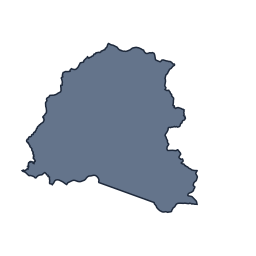 the district of Aoral, Kâmpóng Spœ, Cambodia, rotated 110°
{"feature_id": "14789045B24826472833777", "entity_name": "Aoral", "entity_type": "district", "adm_level": 2, "iso_a3": "KHM", "parent_name": "Cambodia", "parent_adm1": "Kâmpóng Spœ", "projection": "albers", "projection_center": [104.049, 11.778], "detail": "fine", "context": "isolated", "style": "filled", "palette": "slate", "viewbox_px": 256, "rotation_deg": 110, "n_neighbors": 0, "source": "geoboundaries", "source_scale": "gbopen_adm2", "svg_char_len": 5830}
<svg xmlns="http://www.w3.org/2000/svg" viewBox="0 0 256 256"><g transform="rotate(110 128 128)"><path d="M176.1,37.0L174.1,38.2L173.3,38.9L170.7,44.2L170.6,44.8L171.1,48.1L171.0,48.6L170.6,48.9L169.5,48.9L168.7,48.5L168.1,48.1L166.6,46.3L164.8,45.2L164.3,45.1L163.6,45.3L161.2,44.9L160.3,45.2L160.0,46.5L159.7,46.9L159.3,47.2L156.9,47.4L155.4,46.7L154.1,45.9L150.9,46.0L150.2,46.1L149.7,46.5L147.6,48.8L147.1,48.9L144.5,48.4L144.4,48.6L145.3,51.3L145.6,53.7L145.1,55.2L145.0,56.9L144.2,58.7L144.2,59.8L144.0,60.7L143.7,61.1L143.9,61.6L142.8,63.2L143.1,64.5L142.8,65.9L142.6,66.0L142.2,65.9L140.7,64.9L139.7,65.1L138.5,66.2L139.3,67.6L138.6,69.6L138.4,69.9L137.9,70.2L135.7,69.9L134.9,69.5L133.8,70.0L131.5,73.6L131.6,74.2L132.5,74.7L133.0,75.6L133.7,78.5L135.4,82.6L135.5,82.9L135.2,83.6L134.2,84.4L132.1,84.8L130.0,84.2L129.2,84.2L128.5,85.5L127.4,86.3L126.4,86.5L124.9,88.2L123.6,89.1L122.6,90.4L122.1,90.7L121.0,90.7L118.4,90.0L116.6,89.8L115.9,89.8L114.3,90.2L113.5,89.8L113.1,88.8L113.1,88.1L112.4,87.6L111.9,86.3L110.7,84.9L110.9,84.1L110.1,83.0L110.2,81.6L108.9,80.1L108.5,79.9L105.7,80.0L105.0,79.2L104.2,79.1L103.5,79.3L102.3,79.0L101.1,77.7L99.5,77.4L99.4,77.7L98.5,77.8L98.2,78.5L97.6,78.5L97.4,78.7L97.5,79.4L97.2,80.0L96.6,79.9L95.8,80.0L94.2,81.0L93.2,81.0L92.5,81.4L91.9,81.4L92.0,81.8L91.5,82.7L91.8,83.3L91.5,84.4L91.6,87.6L91.7,88.1L92.2,88.8L92.8,89.6L93.2,89.8L93.0,90.1L93.1,91.1L93.0,91.6L92.7,91.8L92.1,91.7L91.7,91.9L91.4,92.2L91.5,93.3L91.0,93.7L90.6,93.6L88.1,94.2L86.8,94.7L85.2,95.0L84.3,95.4L83.0,97.9L82.2,98.1L81.4,98.7L81.2,99.5L80.5,100.3L79.7,100.9L79.1,102.1L78.6,102.6L78.8,103.2L79.5,104.2L79.2,106.4L78.5,106.2L77.2,106.1L76.3,107.4L75.4,108.0L71.3,108.7L69.4,109.6L68.7,110.2L68.0,110.2L66.0,110.5L64.9,110.4L63.5,109.6L61.2,109.4L59.9,109.1L58.8,109.1L57.1,107.8L54.7,107.0L53.2,105.8L52.4,106.0L52.1,106.3L52.1,106.6L52.4,107.4L52.3,108.1L51.4,109.4L51.1,111.4L51.6,112.4L51.5,113.4L51.8,114.6L52.0,118.2L52.6,119.4L54.2,120.0L54.7,120.4L54.8,120.9L54.7,124.0L54.6,124.9L54.3,125.6L50.4,127.8L49.4,128.6L48.9,129.2L48.8,130.9L49.6,132.0L49.7,132.9L50.0,133.6L51.1,134.8L51.7,136.3L51.7,136.9L51.1,138.3L50.4,139.2L49.5,140.0L49.5,141.4L49.2,142.5L49.0,145.3L49.4,147.9L50.1,149.2L51.4,151.2L53.9,152.8L56.2,155.4L56.9,156.7L57.0,157.7L57.4,158.4L57.6,160.8L57.3,161.4L57.7,161.8L57.6,162.2L57.1,163.9L55.8,165.9L55.3,170.2L55.6,172.4L55.2,175.1L55.3,175.3L56.4,175.6L58.8,175.5L60.0,175.9L61.0,176.5L62.3,176.5L63.1,177.6L64.2,178.5L64.8,179.4L65.8,179.6L66.4,180.1L66.7,180.2L66.8,181.2L68.3,183.8L69.4,184.0L70.2,185.2L72.1,185.5L73.3,186.8L74.1,187.1L74.9,188.2L75.7,188.6L75.8,189.0L74.8,190.4L74.9,190.5L75.7,190.2L76.5,191.0L79.7,192.5L80.9,192.3L81.3,192.4L83.1,195.1L87.8,195.7L90.0,196.6L90.9,197.4L91.4,198.4L91.7,200.2L91.6,201.5L93.4,202.2L93.7,202.2L94.4,201.8L94.6,201.9L95.6,203.9L96.4,206.3L97.2,206.8L98.0,207.9L99.9,207.9L100.1,207.7L101.0,207.7L101.6,207.1L102.4,206.8L102.9,207.6L103.9,207.8L104.8,207.0L107.3,205.3L108.6,205.2L109.9,204.5L110.2,204.5L110.8,205.7L111.3,205.7L112.4,205.2L113.4,204.6L114.5,204.3L115.4,203.7L117.2,203.8L119.7,206.1L120.6,206.6L121.4,207.5L122.5,208.9L124.0,212.5L124.8,212.8L125.6,212.8L127.4,214.2L128.0,214.5L128.9,214.4L130.1,213.5L132.2,214.1L132.8,214.0L136.1,212.6L136.8,211.9L140.0,210.3L141.0,210.2L141.5,209.9L143.2,210.6L144.4,210.8L146.5,211.8L147.0,211.7L147.2,211.3L147.2,210.8L147.8,210.7L148.0,210.4L148.3,210.4L148.6,209.8L149.2,209.6L150.0,209.5L150.4,209.7L151.2,209.6L151.7,209.8L154.0,211.5L154.7,211.6L155.3,212.3L156.5,212.6L157.6,213.3L158.5,213.5L159.3,213.2L159.9,213.7L161.6,213.6L162.4,213.9L163.0,213.9L163.2,214.1L163.6,213.9L164.1,214.5L164.2,214.8L164.7,215.0L165.4,214.9L166.4,215.0L166.3,215.3L166.7,215.6L167.4,216.2L168.5,216.0L169.3,216.3L169.7,216.9L169.7,217.3L170.3,217.9L170.9,218.1L172.4,218.1L172.5,218.0L173.0,218.8L174.0,219.0L174.5,219.0L175.3,218.6L176.2,217.1L175.9,216.8L177.8,214.8L177.9,214.3L179.0,213.8L180.3,211.3L180.8,211.2L182.0,210.6L182.2,210.1L182.4,210.0L182.8,209.3L183.2,209.1L183.3,208.8L183.5,208.7L183.8,208.9L184.3,208.7L184.5,208.4L184.8,208.4L185.1,208.2L185.2,207.6L185.9,207.4L186.3,207.0L186.7,207.1L187.1,206.7L187.4,207.0L188.3,206.7L188.7,206.8L188.9,206.5L188.9,205.9L189.5,205.6L189.7,204.9L190.1,204.7L190.5,203.9L191.2,203.8L191.7,204.4L193.6,204.2L193.5,205.2L192.9,205.4L192.5,205.8L192.5,206.2L192.8,206.9L192.6,207.8L193.0,208.0L193.4,208.0L193.8,208.5L193.6,208.9L194.4,209.1L194.5,209.4L194.7,209.5L196.4,209.2L197.4,208.6L198.2,209.2L198.3,208.8L198.1,208.4L198.2,208.2L199.3,208.1L200.0,208.2L200.6,208.0L200.5,208.8L201.6,208.9L202.0,209.4L203.2,210.1L203.4,210.6L203.3,211.9L204.3,212.9L204.7,212.0L204.6,210.3L204.9,208.9L206.6,205.0L206.5,204.3L206.0,203.5L205.8,201.5L205.9,199.7L206.6,198.2L206.4,197.5L204.8,196.9L203.9,196.4L203.0,195.7L202.3,194.7L201.4,192.9L198.4,191.1L198.4,190.5L199.0,189.1L199.6,188.7L199.8,188.3L199.8,186.9L200.4,186.4L200.9,186.5L201.0,185.0L203.0,184.3L203.8,183.7L206.6,182.9L207.0,182.5L207.0,181.9L206.8,180.9L206.9,180.3L207.2,179.8L205.2,179.1L202.6,178.7L201.4,177.8L200.7,176.3L200.5,174.8L200.9,170.9L201.9,167.5L202.1,166.3L200.0,165.8L196.6,162.5L195.8,161.4L195.4,160.1L195.4,156.8L195.1,155.4L194.5,154.1L192.0,151.2L190.7,150.4L189.2,150.0L187.7,149.3L186.6,148.4L185.6,146.3L184.3,144.4L183.8,142.9L183.8,142.0L184.1,140.8L185.1,139.0L186.1,138.0L187.0,137.4L188.5,137.2L189.2,136.7L189.1,77.9L190.1,77.4L191.2,75.5L191.7,74.8L192.9,73.8L193.9,72.0L194.7,70.0L195.1,67.1L194.7,65.6L193.7,63.9L193.6,61.7L193.0,61.0L192.5,59.8L191.6,58.6L190.4,58.7L187.6,58.2L186.1,57.2L183.2,56.6L182.1,55.8L181.6,55.1L180.9,53.5L179.8,50.0L179.2,49.0L178.5,45.6L178.2,44.9L177.6,44.3L177.4,43.0L177.6,42.1L177.5,41.7L177.0,41.3L176.9,39.7L176.1,37.0Z" fill="#64748b" stroke="#1e293b" stroke-width="1.5"/></g></svg>